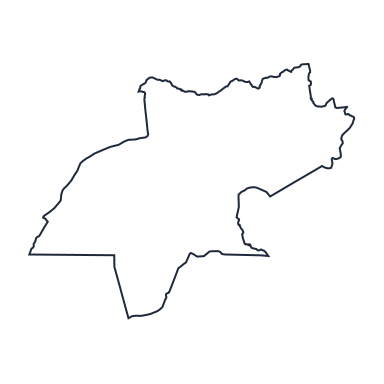 outline of Banalia, Orientale, Democratic Republic of the Congo, rotated 358°
{"feature_id": "63176286B83745324886444", "entity_name": "Banalia", "entity_type": "district", "adm_level": 2, "iso_a3": "COD", "parent_name": "Democratic Republic of the Congo", "parent_adm1": "Orientale", "projection": "orthographic", "projection_center": [25.603, 1.49], "detail": "fine", "context": "isolated", "style": "outline", "palette": "slate", "viewbox_px": 384, "rotation_deg": 358, "n_neighbors": 0, "source": "geoboundaries", "source_scale": "gbopen_adm2", "svg_char_len": 4853}
<svg xmlns="http://www.w3.org/2000/svg" viewBox="0 0 384 384"><g transform="rotate(358 192 192)"><path d="M350.8,112.2L347.9,112.6L339.4,113.1L338.2,112.4L337.9,110.7L337.2,107.5L336.9,105.4L336.4,103.7L335.3,103.3L334.8,103.6L332.9,105.0L331.0,106.6L329.7,107.7L328.2,110.5L324.4,111.3L320.2,110.8L318.5,110.0L316.4,107.3L316.5,106.3L316.2,105.9L315.7,105.6L315.2,104.6L314.8,104.4L314.9,103.1L314.2,103.1L313.9,102.6L314.1,100.6L312.8,89.9L314.4,89.1L314.7,87.7L314.6,85.8L312.4,84.3L312.3,81.4L313.1,77.7L314.3,76.4L314.2,74.6L312.9,68.1L310.3,68.2L308.9,68.2L306.4,68.3L305.1,69.0L304.3,70.4L302.8,71.0L302.0,71.1L300.4,71.2L298.8,71.3L298.2,71.7L296.9,73.3L295.9,74.0L295.5,74.9L295.3,75.4L294.9,75.4L292.8,74.0L292.3,73.9L291.4,73.0L289.7,73.3L288.7,73.8L287.4,75.0L286.1,75.4L284.0,77.1L283.9,77.6L284.1,78.4L283.8,78.9L282.9,79.5L282.0,79.6L280.4,80.1L277.8,79.9L275.6,79.2L273.6,79.4L271.7,80.4L270.3,80.6L269.8,80.4L266.6,81.4L265.9,83.2L265.1,85.8L264.6,86.5L264.0,87.1L263.9,88.0L263.1,89.0L263.4,89.8L263.1,90.2L262.1,91.0L261.3,90.8L258.3,89.1L256.8,89.2L256.1,88.7L255.1,86.8L254.9,86.8L253.0,83.5L251.0,84.1L248.7,83.7L246.7,82.5L245.3,82.1L244.1,82.1L242.5,82.2L241.2,80.7L240.6,80.3L238.5,80.8L236.4,82.2L234.3,83.1L232.8,85.4L231.2,87.6L229.6,87.8L226.1,90.2L224.5,91.5L222.5,92.6L219.8,94.4L217.2,95.2L214.7,95.2L212.3,96.0L211.6,95.0L211.1,95.0L210.7,94.9L210.3,94.7L209.5,94.9L209.0,94.6L207.0,94.9L206.3,94.6L203.7,94.9L202.9,95.3L201.0,95.1L199.9,94.5L198.8,92.6L198.1,92.0L196.8,91.9L195.5,91.4L194.0,91.5L193.1,91.1L192.2,91.2L191.8,91.4L191.0,91.3L190.2,91.6L188.1,91.5L186.7,90.5L186.3,90.5L185.1,90.4L184.8,90.1L185.1,89.3L184.7,89.0L183.3,88.8L182.6,88.3L180.8,88.0L180.3,87.2L178.7,86.1L177.5,85.9L176.3,85.1L175.4,84.0L175.4,83.3L174.5,82.1L174.3,81.4L173.6,80.9L173.5,80.7L172.7,80.9L171.3,80.5L170.5,79.6L169.5,79.4L168.1,79.6L166.8,80.2L166.3,80.1L163.6,78.7L161.6,78.7L156.2,76.0L153.5,76.3L152.9,76.9L152.1,77.2L151.3,78.1L150.6,78.4L150.3,78.8L150.0,80.0L149.5,80.9L148.3,82.1L147.5,82.2L146.5,82.8L145.8,83.4L144.6,83.9L144.1,84.6L143.9,86.0L143.6,86.5L143.7,86.9L143.1,87.4L142.2,89.8L143.3,89.6L145.4,89.7L146.4,90.3L147.5,90.4L148.3,91.1L148.6,92.5L147.9,95.0L148.2,96.0L147.6,97.3L148.1,106.2L148.6,113.0L149.1,119.5L149.4,124.5L149.9,131.1L150.3,132.6L149.5,134.5L147.7,135.8L141.6,136.4L139.4,137.1L136.9,137.5L134.2,137.6L130.4,137.6L126.0,139.2L120.3,142.3L112.1,144.0L105.3,146.5L100.6,148.3L95.2,150.5L93.0,152.0L89.6,153.9L87.8,154.7L83.9,157.3L81.5,159.4L80.0,162.5L78.1,166.9L75.1,171.0L71.8,176.3L67.2,181.4L63.8,184.4L62.6,186.1L61.3,189.9L60.7,194.4L60.3,196.2L56.7,200.2L53.9,203.3L49.7,206.5L47.4,208.1L45.5,209.3L43.9,210.2L42.6,211.5L42.3,212.4L44.0,213.2L44.5,213.7L45.3,214.5L45.6,215.4L46.8,216.6L46.2,217.6L43.2,222.0L39.1,228.6L37.8,230.7L35.5,231.7L34.4,233.1L34.1,234.7L33.0,237.1L32.1,238.0L31.9,239.0L31.9,240.9L31.5,241.6L31.0,242.2L29.9,242.8L29.6,243.1L29.1,244.1L27.3,248.8L112.1,252.5L111.8,264.0L117.1,286.2L120.2,299.5L124.1,315.9L127.2,314.3L128.7,313.9L131.3,313.7L136.9,314.0L141.2,313.4L146.0,312.5L153.4,309.8L156.5,307.7L158.5,305.8L161.7,298.1L162.2,297.6L162.7,296.2L162.3,294.4L162.7,292.9L165.4,291.7L165.4,291.2L166.1,290.4L167.3,287.6L173.1,274.0L175.7,267.7L177.1,266.8L181.3,263.6L183.5,262.2L185.0,259.2L187.6,253.7L188.3,253.2L188.7,252.9L191.6,254.4L193.6,255.9L195.3,256.8L196.5,256.7L201.7,256.5L207.4,252.1L209.9,251.9L215.8,252.0L218.0,252.8L219.8,255.0L222.9,255.6L258.5,257.7L266.0,258.6L264.0,255.5L263.3,254.5L262.2,253.5L261.5,252.9L260.5,252.8L259.2,251.9L258.6,251.9L257.4,252.6L256.0,252.7L255.4,252.5L254.4,251.3L250.6,250.3L249.7,249.8L248.9,248.8L248.7,247.4L248.3,246.9L248.1,247.2L247.9,247.5L247.6,247.4L247.4,246.3L246.8,246.3L246.7,246.9L246.5,247.0L246.1,246.5L245.8,246.6L244.8,246.0L244.1,246.2L243.5,246.1L243.4,245.8L242.9,245.6L241.2,239.8L240.7,235.9L240.9,235.4L241.7,234.7L241.9,233.9L241.1,231.8L240.9,231.6L240.1,230.6L239.0,228.7L238.6,226.9L238.4,226.5L237.5,226.6L237.0,225.0L237.1,223.7L238.1,221.8L238.1,221.3L237.7,220.5L236.9,220.1L236.2,219.2L235.7,218.8L238.3,208.5L238.3,199.1L238.5,196.2L241.5,193.6L244.7,192.2L246.9,190.5L249.4,189.7L253.5,189.3L256.4,189.8L258.1,190.5L266.5,194.6L269.2,198.3L269.9,199.2L281.9,192.7L293.7,186.3L300.0,182.9L314.4,175.2L322.8,170.6L326.1,172.4L328.7,173.1L330.1,173.1L332.0,172.6L333.4,168.3L332.9,165.0L332.9,163.6L333.7,162.9L335.2,163.6L336.0,164.0L337.3,164.2L340.3,163.3L342.0,161.9L342.0,158.9L341.1,153.5L343.1,150.1L344.3,148.8L344.3,146.8L342.9,144.2L344.0,140.7L345.8,138.9L351.8,133.6L354.9,129.1L356.3,125.0L356.7,124.5L356.5,123.2L355.7,122.3L354.8,122.1L353.6,121.2L352.5,121.0L351.0,119.5L350.5,119.4L349.7,119.8L348.8,119.9L348.0,119.7L347.4,117.2L347.1,116.4L347.5,115.5L349.1,113.4L349.6,112.5L350.8,112.2Z" fill="none" stroke="#1e293b" stroke-width="2"/></g></svg>